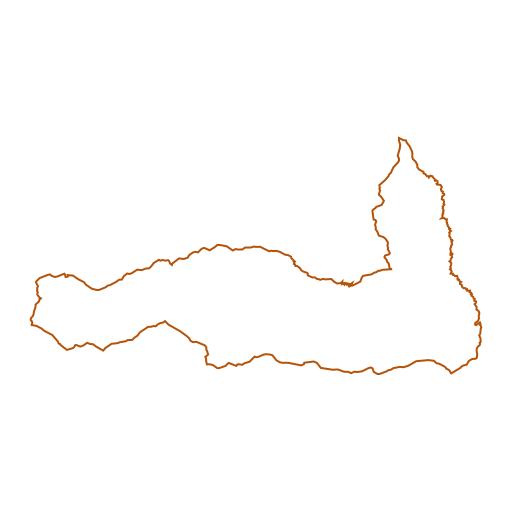 the district of Malaia, Vâlcea, Romania
{"feature_id": "2599482B8038604719610", "entity_name": "Malaia", "entity_type": "district", "adm_level": 2, "iso_a3": "ROU", "parent_name": "Romania", "parent_adm1": "Vâlcea", "projection": "natural_earth1", "projection_center": [23.936, 45.412], "detail": "fine", "context": "isolated", "style": "outline", "palette": "amber", "viewbox_px": 512, "rotation_deg": 0, "n_neighbors": 0, "source": "geoboundaries", "source_scale": "gbopen_adm2", "svg_char_len": 6062}
<svg xmlns="http://www.w3.org/2000/svg" viewBox="0 0 512 512"><path d="M320.8,367.9L332.3,369.7L338.0,369.5L343.8,371.7L348.6,371.9L351.0,373.2L354.3,371.7L357.5,372.0L362.1,371.3L368.3,368.2L370.8,367.5L372.5,368.3L373.7,371.8L377.4,374.0L379.5,374.0L386.7,371.3L388.1,370.3L390.7,369.8L393.5,368.1L399.8,366.9L403.7,367.2L408.4,365.7L416.2,361.2L428.3,360.1L434.0,360.8L436.6,363.3L439.2,363.7L444.7,366.7L445.6,367.4L446.1,368.5L449.1,370.1L451.2,373.4L460.6,367.7L461.3,366.7L463.1,365.6L466.6,364.7L468.9,361.0L470.6,359.8L472.3,359.0L475.7,358.7L476.8,357.7L477.2,354.1L476.6,350.7L476.8,348.3L477.9,346.6L479.7,345.1L480.0,343.7L479.6,342.8L480.7,341.9L480.4,338.1L479.2,335.5L480.3,333.6L480.7,328.8L481.3,327.4L480.5,325.3L480.0,325.0L480.6,324.1L479.9,322.4L476.2,325.1L475.1,324.6L475.5,323.9L475.2,323.0L478.1,320.8L479.1,318.1L478.7,317.3L478.9,314.9L479.4,313.3L478.6,311.0L476.5,309.6L476.6,307.0L474.6,304.1L475.9,302.7L476.1,301.5L474.3,300.7L474.8,299.1L473.7,298.6L473.2,296.8L471.4,295.7L471.9,294.2L470.9,294.0L471.3,293.1L471.0,292.6L469.6,292.2L470.0,290.6L467.3,290.8L467.1,289.4L466.4,289.7L465.4,288.1L463.5,288.2L462.1,286.9L461.8,285.0L460.0,284.0L460.0,283.1L461.1,282.0L459.8,281.6L459.2,279.8L458.3,280.1L457.5,279.5L457.4,278.8L457.8,278.2L457.1,275.9L455.0,276.1L454.4,275.3L453.1,275.0L452.9,273.7L450.6,273.6L451.7,271.4L451.0,270.1L450.0,269.4L450.9,268.4L450.2,267.0L451.0,265.6L451.3,263.1L449.5,261.3L450.6,260.7L450.9,258.7L452.1,257.3L451.8,255.7L450.7,255.0L452.5,254.0L452.2,253.5L450.5,253.1L450.9,251.7L450.2,248.4L451.0,247.0L451.1,245.7L452.1,244.7L451.7,243.3L451.9,242.5L451.4,241.7L452.5,240.7L452.2,240.0L451.0,239.7L450.3,237.3L449.2,236.2L449.7,233.9L449.2,232.5L451.0,231.0L449.5,229.7L450.1,228.8L449.0,228.5L449.1,227.4L447.6,226.0L447.7,224.7L446.9,223.8L447.2,222.7L446.5,221.9L446.9,219.3L445.6,219.3L443.9,217.9L441.5,218.3L442.5,217.3L442.3,215.7L442.7,215.0L442.4,214.2L443.4,213.3L443.0,211.6L443.7,210.6L442.7,208.6L443.0,207.3L442.6,206.6L444.4,204.8L443.5,203.9L444.1,202.5L443.6,200.0L441.8,199.3L442.1,196.6L444.1,194.9L443.7,194.6L444.0,193.8L442.6,192.9L443.0,191.7L441.3,190.8L440.9,188.9L441.9,187.1L440.5,184.9L436.9,184.5L436.5,183.8L437.6,182.9L437.5,181.2L436.2,180.4L435.0,180.8L434.8,180.4L435.2,179.7L432.6,177.0L432.5,176.3L430.5,175.7L429.0,177.4L428.6,176.2L427.0,176.3L425.2,174.0L423.5,173.3L423.5,171.9L419.2,169.6L417.8,167.9L417.3,167.1L417.3,164.4L416.8,164.1L415.7,161.7L412.9,159.1L412.2,156.6L412.4,153.6L412.0,151.3L409.7,146.4L406.7,142.6L406.0,140.5L403.2,140.1L399.0,138.0L399.0,140.8L400.2,144.6L399.8,148.4L397.7,155.7L399.0,158.8L399.0,160.4L398.3,162.0L393.4,167.3L390.8,172.9L389.2,174.3L388.4,176.3L385.0,180.2L379.3,185.2L379.9,188.0L379.5,188.4L379.5,189.3L380.1,190.6L379.0,193.7L378.9,194.7L381.3,196.9L383.9,200.9L381.6,205.0L376.2,206.9L375.7,207.8L373.0,209.8L372.4,210.9L373.6,219.5L375.4,220.0L376.2,221.3L375.1,224.6L375.8,227.6L375.7,229.5L377.3,231.5L378.8,235.6L383.5,237.1L385.7,239.0L387.8,242.2L387.9,243.9L387.4,245.8L388.1,247.7L387.9,249.7L389.1,251.3L389.8,253.2L389.1,254.3L385.1,255.5L384.4,257.2L386.7,260.0L386.9,261.5L388.6,263.3L389.7,268.5L392.0,269.2L382.4,269.8L379.7,270.8L378.4,270.7L376.3,272.2L374.4,272.6L371.4,274.4L363.2,275.8L361.8,277.5L360.3,281.6L352.8,285.5L350.5,285.8L348.5,287.0L350.1,285.0L351.6,284.4L352.2,283.0L350.8,284.0L348.9,284.1L347.5,285.4L348.7,283.0L347.7,283.8L346.7,283.3L346.2,284.4L345.3,283.3L344.5,284.4L344.2,283.3L343.4,283.8L343.1,283.2L342.0,283.9L342.3,281.6L340.8,283.1L337.1,283.5L334.0,281.6L331.3,279.0L325.0,279.4L323.3,278.9L320.1,279.8L318.5,279.0L317.2,279.1L314.9,277.4L312.3,277.4L309.6,276.2L307.7,275.3L307.8,273.5L307.2,272.9L302.9,271.4L301.1,270.1L300.2,268.4L297.5,266.2L295.2,265.8L295.1,264.5L293.9,263.9L294.4,262.6L293.8,261.8L294.7,261.4L291.4,258.3L291.1,256.8L288.3,255.2L284.9,254.6L279.9,251.9L276.8,250.9L273.2,251.1L271.0,250.7L269.2,251.3L260.2,246.8L255.2,246.9L254.2,246.5L250.7,247.5L245.2,247.5L242.5,249.4L239.0,249.6L235.5,249.1L232.8,250.5L226.7,246.3L219.5,244.9L217.2,245.0L215.4,246.7L209.7,250.3L204.3,247.9L202.8,248.3L201.3,249.1L197.9,252.4L195.4,251.8L192.9,252.5L189.0,255.3L187.8,257.6L183.9,259.0L179.1,258.4L172.2,263.6L171.9,264.9L170.1,263.5L169.1,261.0L168.2,260.2L165.3,260.6L162.4,260.0L160.3,260.7L158.9,259.8L153.7,263.0L151.2,266.4L148.9,268.4L145.9,268.5L141.7,270.1L137.2,269.7L131.9,273.1L129.5,274.0L127.2,273.5L123.9,276.1L121.8,279.6L119.2,279.7L116.1,281.9L110.0,285.1L107.5,285.7L106.0,287.1L99.2,289.9L96.9,290.0L91.9,288.8L85.7,284.5L84.1,282.2L78.0,279.1L73.0,275.6L67.8,275.1L68.1,276.0L67.7,276.7L65.6,277.0L65.0,274.5L64.3,273.7L57.3,276.5L54.7,277.0L51.6,275.8L49.9,274.4L47.5,275.0L39.6,278.1L36.1,281.6L36.1,282.7L38.0,286.2L37.1,288.1L37.3,289.6L37.0,290.7L37.8,292.2L37.3,293.4L37.3,294.6L39.9,298.1L40.6,298.0L40.9,298.5L39.5,299.2L39.1,301.3L35.6,304.6L35.5,306.9L33.8,312.3L33.7,313.9L32.7,316.3L31.6,317.3L30.7,318.9L30.7,320.1L31.8,321.2L32.3,322.5L31.7,324.8L31.0,325.3L32.2,325.1L36.5,325.9L41.5,328.5L44.0,330.7L52.3,335.0L57.8,341.4L58.6,343.5L60.2,344.1L60.7,345.1L66.9,349.9L72.9,348.1L74.1,347.2L75.2,345.2L76.3,345.0L80.3,346.6L83.1,345.6L87.2,342.8L90.1,344.0L93.3,344.3L95.8,346.4L103.2,350.6L105.4,348.0L111.6,343.8L117.9,343.1L119.8,342.2L125.7,341.3L127.5,340.1L132.2,339.9L134.3,337.8L137.5,335.6L139.9,332.3L148.0,326.9L151.2,326.7L153.8,326.0L155.7,326.3L157.6,324.5L160.2,323.1L163.0,322.6L165.0,321.1L168.6,324.7L180.1,331.2L186.9,336.2L189.2,338.3L190.4,340.7L193.1,342.2L196.3,341.8L204.7,345.3L206.3,347.2L206.3,349.7L207.1,351.0L208.1,354.6L205.3,356.9L206.1,358.8L206.2,361.3L206.9,364.4L210.0,364.3L213.0,365.1L217.3,368.2L219.1,368.1L225.3,366.0L228.7,362.9L236.3,365.9L237.2,364.7L238.4,364.2L242.3,364.8L244.3,363.3L249.6,361.7L254.6,356.6L256.1,357.2L257.7,357.1L263.6,354.6L265.8,354.2L269.7,354.5L272.5,355.3L276.4,360.3L279.9,362.3L282.5,362.8L288.1,362.8L301.3,365.4L304.0,364.1L304.3,362.7L313.8,361.5L316.9,362.9L320.8,367.9Z" fill="none" stroke="#b45309" stroke-width="2"/></svg>